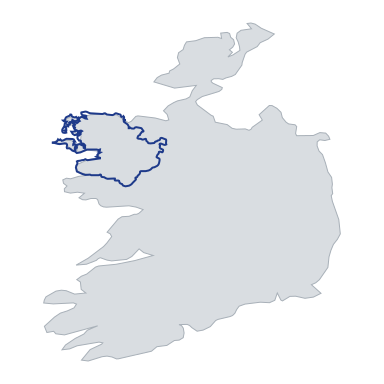 location of Mayo within Ireland
{"feature_id": "IRL-714", "entity_name": "Mayo", "entity_type": "County", "adm_level": 1, "iso_a3": "IRL", "parent_name": "Ireland", "parent_adm1": "", "projection": "natural_earth1", "projection_center": [-9.466, 53.907], "detail": "fine", "context": "in_parent", "style": "outline", "palette": "blue", "viewbox_px": 384, "rotation_deg": 0, "n_neighbors": 0, "source": "natural_earth", "source_scale": "10m", "svg_char_len": 9340}
<svg xmlns="http://www.w3.org/2000/svg" viewBox="0 0 384 384"><path d="M257.2,46.6L246.7,52.1L245.1,54.2L242.2,62.6L241.9,65.1L235.3,74.5L231.6,76.4L226.0,77.9L222.8,79.4L218.8,78.7L213.7,78.8L211.2,80.5L211.3,81.8L212.9,83.2L222.3,87.6L221.8,89.4L219.1,91.4L202.3,96.5L197.3,99.6L195.6,101.6L197.4,105.0L210.9,115.1L213.2,116.2L215.3,122.2L227.2,124.6L232.1,128.3L236.2,129.2L245.3,128.9L249.0,130.3L251.1,129.2L252.2,127.3L262.3,120.1L259.1,114.7L269.3,105.5L272.1,105.6L277.0,108.4L281.0,112.3L282.3,117.6L286.1,122.2L288.6,123.9L295.1,124.8L296.7,126.6L295.6,133.5L296.6,135.7L313.3,135.5L319.9,132.6L325.7,133.1L328.6,136.2L329.9,139.3L324.9,140.5L319.7,139.8L317.2,141.9L317.1,145.9L319.0,151.0L322.5,154.6L325.4,162.8L327.9,171.9L331.6,177.4L332.4,184.2L331.9,187.6L332.7,193.6L331.2,195.7L332.4,201.4L338.8,219.6L340.3,233.9L337.4,239.3L333.4,244.4L330.9,250.4L329.0,256.9L327.9,267.4L319.4,279.7L315.7,282.8L311.4,284.7L321.0,293.3L313.4,297.1L305.0,298.3L295.6,296.2L289.9,296.4L282.5,300.9L280.9,300.1L277.3,293.0L274.8,300.3L269.5,302.7L260.3,302.2L245.0,304.1L239.1,306.2L236.7,309.5L234.9,313.2L232.6,315.5L229.9,316.6L218.0,319.4L215.7,320.5L210.3,326.6L203.1,330.1L197.1,331.2L191.8,327.6L189.6,325.5L187.2,324.4L179.0,324.6L181.6,325.7L183.3,328.2L184.1,333.0L183.2,337.7L179.2,340.1L174.4,340.5L166.9,345.4L156.9,346.7L151.5,351.2L118.4,358.8L116.5,358.9L112.0,357.0L107.0,356.1L102.1,356.7L88.2,361.0L81.5,360.1L90.1,349.6L101.6,344.2L102.8,342.8L99.0,342.1L77.1,345.8L69.6,348.9L62.0,349.8L65.5,345.0L75.3,338.4L83.8,334.1L87.4,330.2L97.7,325.8L64.5,334.9L55.8,333.8L53.7,331.3L46.9,332.5L44.4,326.3L54.5,317.1L60.4,313.1L67.3,310.9L74.0,307.9L76.5,304.1L73.4,302.9L53.3,303.9L43.7,303.0L44.3,300.1L46.0,296.8L56.0,291.1L61.4,290.2L66.2,290.7L74.6,294.1L85.9,293.0L81.2,289.4L80.4,282.0L76.8,279.6L81.4,276.2L86.7,274.1L95.5,267.1L98.6,266.0L116.0,264.3L134.7,260.6L153.2,255.5L143.7,252.6L139.1,248.9L131.8,256.5L126.6,259.4L111.7,260.9L107.0,260.1L100.3,257.7L98.3,258.6L96.3,260.4L86.5,264.2L76.1,265.1L88.2,258.2L103.5,246.6L106.9,243.0L111.7,236.6L110.2,233.8L107.1,232.2L118.1,219.1L122.0,216.7L129.1,216.3L134.2,214.3L136.5,214.3L138.6,213.5L143.1,209.6L136.1,207.1L128.9,205.8L106.5,207.2L103.5,206.9L100.7,205.7L99.0,203.9L97.6,199.5L96.0,198.5L90.9,198.5L85.9,199.9L82.5,199.7L79.0,197.8L84.5,193.2L77.5,192.2L70.4,193.1L64.5,191.7L64.3,188.8L67.0,186.0L63.5,183.3L62.8,179.9L66.5,178.2L70.6,178.8L78.9,176.3L89.6,175.1L80.4,172.6L76.8,170.4L76.6,167.2L77.4,164.4L87.9,159.7L99.2,157.6L98.4,154.5L99.2,151.2L87.8,150.2L76.6,152.6L77.8,146.2L80.5,140.4L81.0,136.6L80.5,132.5L75.2,134.3L74.6,128.5L72.4,124.6L64.6,127.3L64.8,122.1L67.0,118.5L71.1,116.9L75.2,117.6L82.7,117.5L89.9,114.8L100.3,114.1L116.9,115.0L128.3,122.7L131.3,121.3L135.8,116.4L138.0,115.9L155.2,118.0L165.9,120.8L168.8,119.9L167.2,114.5L163.5,110.8L168.1,105.9L173.7,102.6L177.4,100.9L186.1,98.9L189.8,96.9L192.3,90.7L196.3,85.4L174.6,88.1L153.9,81.9L157.2,77.6L161.5,75.1L169.0,73.2L169.7,70.9L173.5,69.0L179.8,64.0L177.4,57.5L178.6,52.7L183.1,49.6L184.5,45.2L186.5,41.9L195.7,40.7L204.4,37.7L218.0,37.3L221.6,38.5L220.7,33.1L227.1,32.4L229.6,33.5L230.7,37.3L233.6,39.7L234.6,44.0L232.7,47.2L229.4,49.8L232.4,52.3L227.9,57.0L232.8,55.0L239.9,50.4L239.5,46.7L238.2,42.0L236.2,37.8L237.1,33.2L241.0,30.3L251.5,28.8L247.1,23.5L250.9,23.0L255.1,24.1L261.2,28.2L274.3,34.0L268.0,39.1L260.2,42.7L257.2,46.6ZM74.3,148.3L74.0,150.8L69.0,147.7L66.6,144.3L52.9,142.7L58.6,139.3L61.4,140.3L71.0,140.5L73.7,141.9L74.3,148.3Z" fill="#d9dde1" stroke="#a8b0b8" stroke-width="1"/><path d="M91.2,175.2L90.0,174.6L85.3,174.9L82.4,174.0L76.9,171.5L75.9,167.6L76.3,165.7L77.1,164.3L77.5,163.0L76.9,161.4L77.6,161.0L80.1,160.7L81.9,160.2L83.5,160.0L84.3,159.8L85.0,159.3L85.4,159.2L86.7,159.9L87.5,160.2L100.0,158.4L100.0,157.8L99.0,157.6L96.3,156.6L97.2,156.1L97.7,156.0L97.7,155.4L97.4,154.7L98.1,153.9L100.4,152.5L99.9,152.4L98.6,151.9L99.2,151.5L99.6,151.0L99.9,150.3L100.0,149.5L99.3,149.7L98.6,150.1L96.7,149.5L87.1,149.5L80.4,152.4L76.8,153.0L74.6,151.2L75.4,150.7L75.8,148.3L76.9,147.7L76.8,146.9L76.7,146.5L76.9,145.9L76.9,145.4L76.4,145.4L76.4,144.8L79.7,144.1L80.3,144.4L81.8,145.2L82.7,145.4L83.5,145.8L83.7,147.9L84.5,148.3L85.1,148.1L85.1,147.3L85.0,146.4L85.2,145.4L84.6,144.8L84.1,144.2L83.4,143.7L82.5,143.6L82.5,144.1L82.9,144.8L82.1,144.6L81.7,143.9L80.9,141.8L80.9,141.0L80.6,140.6L80.2,140.5L79.0,140.6L78.8,140.3L78.6,139.8L78.1,139.3L77.6,138.6L77.4,137.3L77.7,136.0L78.4,135.6L79.3,135.4L80.1,134.6L79.2,134.3L79.2,133.8L79.7,133.3L80.6,132.9L80.1,132.3L82.0,131.1L81.4,130.7L80.6,130.6L78.8,131.1L79.0,131.8L78.9,132.1L78.6,132.2L77.9,132.3L77.9,132.9L78.3,132.9L76.4,134.8L74.5,135.1L72.8,134.0L71.4,131.7L72.7,131.8L75.8,131.1L77.0,130.5L74.9,129.4L74.1,128.6L73.7,127.5L74.2,127.7L75.1,128.0L75.5,128.2L74.7,127.2L72.4,125.2L73.3,125.7L74.1,125.7L74.7,125.3L75.1,124.6L71.6,122.4L70.1,121.9L69.1,122.8L70.1,123.7L69.7,124.5L68.6,124.8L67.3,124.6L67.9,125.5L68.2,125.8L68.2,126.4L67.2,126.2L66.4,126.4L65.0,127.0L65.0,127.5L65.8,127.8L66.2,128.3L66.3,130.0L65.7,130.0L64.4,130.5L65.3,131.0L66.2,131.8L66.3,132.6L65.1,132.9L63.9,132.8L62.9,132.5L62.3,131.6L62.2,130.0L62.6,128.9L64.1,126.5L64.5,125.5L64.7,123.9L65.3,123.2L66.0,122.6L66.8,121.6L64.7,121.5L63.8,121.2L63.1,120.5L64.4,120.4L65.0,119.7L65.4,118.5L65.9,117.5L66.6,117.0L69.6,115.7L69.9,115.3L70.1,114.9L70.3,114.5L71.0,114.5L71.4,114.8L71.5,115.3L71.6,115.9L71.9,116.3L72.7,116.8L73.9,117.3L75.1,117.4L76.1,116.9L76.5,117.5L77.1,117.9L77.7,117.9L78.4,117.5L78.5,117.8L78.5,118.0L78.9,118.0L77.4,120.2L75.7,121.2L74.1,121.0L72.4,119.8L71.9,121.5L73.0,122.0L74.6,122.1L75.8,122.5L76.9,123.1L77.8,122.5L78.7,121.5L79.7,121.0L78.8,120.0L79.2,118.6L80.3,117.4L81.4,116.9L82.8,117.2L85.2,118.5L86.7,118.7L86.3,117.9L85.7,117.5L84.4,116.9L84.4,116.3L85.0,116.1L85.7,116.0L87.1,116.3L85.9,115.7L82.3,115.1L81.6,114.2L81.2,113.0L81.4,112.4L85.3,111.6L86.7,111.8L89.3,113.0L90.6,113.3L102.1,114.0L102.9,113.9L104.1,113.4L104.9,113.3L105.5,113.5L106.4,114.2L106.9,114.5L112.3,115.1L112.9,115.0L113.7,114.6L114.5,114.1L115.0,113.6L115.7,113.3L116.5,113.4L119.5,114.4L120.1,114.5L120.6,114.9L121.1,116.5L121.5,116.9L122.7,116.7L123.4,116.5L123.5,116.3L124.0,116.9L124.1,117.6L123.9,118.3L123.5,118.7L123.5,119.3L125.0,119.8L125.0,120.5L123.7,121.1L124.0,121.9L127.3,124.2L128.1,125.2L128.7,126.5L128.7,128.2L129.1,128.2L129.2,126.5L129.3,127.0L131.0,128.2L131.4,128.4L131.8,128.5L133.3,128.6L133.8,128.5L134.2,128.4L134.4,128.2L134.8,127.7L135.1,127.5L135.8,127.3L136.3,127.2L140.7,128.0L141.3,128.2L141.7,128.5L142.5,129.8L143.3,130.7L143.5,131.1L143.4,131.4L143.1,131.6L142.0,131.9L141.7,132.0L141.5,132.3L141.2,132.9L140.5,133.5L140.3,133.8L140.2,134.4L140.1,134.7L139.9,135.0L138.6,135.6L138.2,136.0L138.0,136.3L137.5,137.6L137.5,138.2L137.9,138.5L138.5,138.7L140.9,138.9L142.1,139.5L142.6,139.6L143.8,139.4L144.9,139.0L145.3,138.9L145.7,138.9L146.0,139.1L146.1,139.5L146.1,139.9L146.4,140.9L146.6,141.1L147.6,141.9L148.0,142.8L148.6,143.2L150.5,143.4L153.4,143.1L154.1,143.0L154.6,142.6L155.1,141.8L155.5,141.6L156.0,141.4L156.8,141.3L157.4,140.7L157.7,140.6L159.1,140.2L159.7,139.9L160.0,139.6L160.1,139.3L160.2,138.7L160.3,138.4L160.5,138.2L160.9,138.0L161.2,137.9L162.1,138.0L165.9,139.5L166.1,139.9L166.2,140.5L166.0,143.1L166.3,144.4L165.1,144.9L164.3,144.9L161.0,143.6L160.3,143.6L159.8,143.8L159.6,144.1L159.5,144.5L159.6,144.8L160.0,145.3L160.1,145.6L159.7,147.1L159.8,147.4L159.9,147.8L160.0,148.0L160.5,148.5L162.8,149.6L163.0,149.8L163.1,150.2L163.1,150.7L162.8,151.7L162.5,152.1L162.1,152.3L161.8,152.2L160.7,151.8L160.3,151.7L159.8,151.7L159.2,151.8L158.9,152.0L158.8,152.4L158.8,153.1L158.6,153.6L157.7,154.5L157.3,155.1L156.8,156.3L156.6,156.8L156.7,157.3L158.9,158.4L159.4,158.8L159.5,159.1L159.6,159.8L159.5,160.8L159.0,163.2L158.6,164.2L158.2,164.9L157.1,165.9L154.9,167.0L154.2,167.3L153.4,167.4L152.4,167.7L150.6,169.5L148.6,170.5L145.7,171.1L141.2,171.1L140.5,171.3L140.1,171.6L140.0,172.7L139.9,173.0L139.7,173.6L139.5,174.0L139.1,174.5L137.8,175.6L137.5,176.0L137.5,176.4L137.2,176.9L136.8,177.2L136.0,177.4L135.6,177.6L135.4,177.9L135.4,178.2L135.5,178.5L135.9,179.0L135.9,179.4L135.5,180.0L132.8,182.7L131.7,184.0L131.1,184.5L129.5,185.5L128.9,185.7L127.8,185.9L125.6,186.3L125.1,186.2L124.0,185.9L123.0,185.5L122.8,185.2L122.3,184.5L122.1,184.1L121.8,184.0L120.8,183.6L120.2,183.3L119.7,182.8L119.5,182.3L119.3,181.9L119.1,180.9L118.7,180.7L118.1,180.5L115.6,180.5L115.0,180.4L114.8,180.1L114.7,179.9L114.9,179.2L114.9,178.9L114.9,178.6L114.2,178.5L107.7,178.8L106.9,178.6L105.5,178.1L104.7,177.5L104.3,177.3L104.0,177.2L102.2,177.0L101.8,176.9L101.5,176.7L101.3,176.5L101.1,175.4L101.0,175.0L100.6,174.6L100.2,174.6L99.7,174.7L99.2,175.1L98.6,175.2L91.2,175.2ZM73.2,144.8L74.0,144.4L74.8,144.3L75.5,144.3L76.0,144.8L76.0,145.4L75.4,146.0L75.0,147.4L74.8,148.9L75.1,150.1L73.6,151.1L72.3,150.6L71.0,149.4L69.5,148.3L68.7,148.3L67.7,148.4L67.0,148.3L66.7,147.4L66.9,146.1L67.1,145.2L67.0,144.4L66.3,143.6L64.9,143.3L59.8,144.1L57.9,143.9L54.6,143.0L52.8,142.9L52.8,142.4L54.6,142.3L56.0,142.0L57.2,141.1L58.0,139.4L58.5,139.9L59.1,140.1L59.7,139.9L60.3,139.4L61.7,140.8L63.4,140.4L65.1,139.4L66.5,138.8L72.4,139.0L73.7,139.4L75.1,141.7L73.7,141.7L73.9,142.4L73.8,143.1L73.6,143.7L73.2,144.1L73.2,144.8Z" fill="none" stroke="#1e3a8a" stroke-width="2"/></svg>